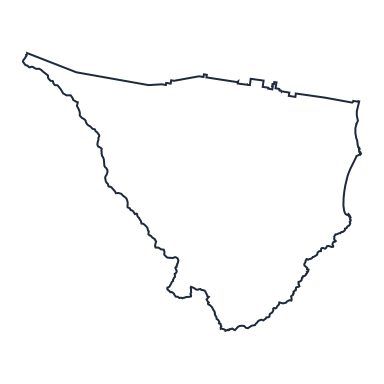 Nambucca Valley, New South Wales, Australia (Albers equal-area conic projection)
{"feature_id": "25037944B440592647056", "entity_name": "Nambucca Valley", "entity_type": "district", "adm_level": 2, "iso_a3": "AUS", "parent_name": "Australia", "parent_adm1": "New South Wales", "projection": "albers", "projection_center": [152.762, -30.708], "detail": "fine", "context": "isolated", "style": "outline", "palette": "slate", "viewbox_px": 384, "rotation_deg": 0, "n_neighbors": 0, "source": "geoboundaries", "source_scale": "gbopen_adm2", "svg_char_len": 5972}
<svg xmlns="http://www.w3.org/2000/svg" viewBox="0 0 384 384"><path d="M23.0,60.9L23.1,62.0L25.2,64.8L25.9,65.3L27.5,65.6L28.9,67.1L29.8,67.3L31.8,66.7L33.0,67.0L34.6,68.1L36.6,68.9L39.3,68.8L41.2,69.9L42.7,71.4L47.8,75.3L48.1,75.9L47.9,77.4L48.5,78.6L50.5,80.8L52.6,81.0L53.0,81.3L53.4,83.2L54.5,84.8L55.3,85.2L57.1,85.2L57.7,85.5L61.0,89.6L63.1,93.4L66.5,95.3L70.7,95.3L72.9,98.6L73.0,99.6L73.3,100.0L76.3,101.8L77.8,102.3L76.9,105.9L78.9,109.6L79.5,111.4L79.9,113.4L79.7,115.1L79.9,115.7L82.0,118.0L83.5,118.7L85.1,119.9L85.5,120.6L86.1,122.6L87.3,124.5L89.3,126.0L90.3,126.4L92.5,128.8L94.9,129.4L95.6,131.2L97.1,132.3L99.0,134.8L99.3,136.0L98.4,137.9L98.5,139.7L97.7,142.0L97.4,144.8L98.1,146.5L100.8,147.8L101.8,149.0L101.3,150.6L101.7,152.1L101.5,153.5L101.9,154.4L101.9,155.6L102.9,157.0L103.8,159.2L104.4,165.9L104.9,166.9L106.5,168.4L107.5,170.3L107.4,172.5L106.4,175.1L105.5,176.4L105.1,177.7L105.9,181.6L106.5,182.6L108.0,184.1L108.4,186.2L109.0,186.6L110.3,186.7L111.5,187.4L115.0,191.4L115.9,193.2L118.4,193.0L121.3,193.8L123.0,195.7L125.4,197.4L126.4,198.5L127.1,200.1L127.6,202.1L127.7,204.0L127.5,206.3L127.6,207.3L129.9,208.4L130.6,210.1L131.5,210.2L132.6,210.8L133.3,211.5L134.9,214.1L136.3,213.6L136.9,213.8L137.2,214.4L137.2,215.5L137.9,216.9L139.0,217.8L139.3,218.7L140.8,220.9L141.5,223.6L142.9,223.7L143.6,224.0L145.8,225.9L147.6,228.1L147.6,229.1L148.2,230.8L148.8,231.3L148.4,234.2L149.7,235.5L150.5,235.6L151.2,236.2L152.4,237.6L154.7,239.0L154.7,239.4L155.4,240.2L155.7,241.3L156.1,241.5L155.0,245.6L155.3,246.1L155.3,246.9L155.6,247.6L158.4,247.6L161.0,249.3L163.8,249.7L164.5,252.1L164.2,254.4L164.9,255.4L166.8,257.2L167.7,257.7L173.2,258.0L174.1,257.4L175.1,257.2L175.6,257.2L177.5,258.2L178.4,260.6L177.6,263.5L177.1,264.0L177.2,264.9L176.7,265.3L176.6,266.9L176.0,267.0L175.4,267.6L175.8,269.2L176.7,270.6L176.6,272.0L176.3,272.2L175.8,273.3L174.7,273.8L175.0,276.8L174.2,277.6L172.9,280.0L173.1,280.9L171.6,282.2L171.3,283.3L169.4,286.7L168.1,287.5L167.4,287.6L167.3,289.0L167.6,289.6L169.5,291.1L170.3,292.2L171.6,292.0L172.5,292.4L174.0,293.8L174.5,295.0L175.7,296.6L177.7,296.8L179.4,298.0L181.0,297.7L182.5,298.3L183.3,297.8L184.4,297.8L185.8,297.1L190.3,296.7L191.0,296.4L191.1,295.2L190.4,293.9L191.2,292.4L191.0,291.2L191.0,289.5L190.7,287.7L191.0,286.8L193.8,287.9L196.3,289.6L197.9,289.7L199.1,289.2L200.4,289.0L201.5,290.0L203.1,290.1L204.5,290.6L205.3,291.3L205.9,292.9L206.5,293.6L206.6,294.3L207.4,295.8L207.4,296.4L208.8,296.9L206.6,299.4L207.8,301.6L208.8,302.5L208.0,303.3L208.0,303.9L208.5,304.5L210.0,305.2L211.7,306.8L213.9,310.8L214.5,311.4L214.7,313.0L215.0,313.2L214.9,314.5L215.6,315.9L216.2,316.6L216.7,319.0L218.2,320.0L219.2,321.7L219.3,322.6L218.9,323.2L219.3,323.6L220.3,323.7L220.6,324.0L220.9,325.9L221.3,326.3L220.7,327.5L220.8,328.8L221.4,328.6L224.0,329.3L225.2,330.0L225.4,330.8L227.6,329.9L228.4,330.3L229.1,330.1L229.4,329.8L229.5,329.1L230.6,329.1L232.2,328.5L234.3,329.9L235.0,330.1L237.9,326.9L239.4,326.1L241.7,325.7L244.0,326.0L244.6,326.4L245.9,327.8L247.9,328.2L251.7,325.7L255.0,325.1L255.9,323.6L256.8,322.9L258.1,321.2L259.0,320.5L261.2,319.7L263.4,320.4L264.6,319.3L265.6,318.8L266.4,317.3L268.3,317.3L269.3,316.8L269.5,316.3L269.6,314.6L270.0,313.9L272.2,312.5L273.3,310.5L273.2,308.6L273.9,308.0L275.5,308.4L276.4,307.9L277.4,306.1L279.0,304.4L279.3,302.4L283.0,303.4L285.8,302.8L287.4,301.2L289.5,300.2L291.4,300.6L291.6,300.0L291.5,298.0L291.1,296.4L291.6,295.7L292.8,295.2L293.3,294.1L293.2,293.6L293.8,293.0L293.4,292.2L293.6,291.5L294.4,291.1L294.9,290.4L295.6,290.3L296.0,289.9L295.8,289.2L296.0,287.7L296.3,287.4L297.2,287.0L298.3,286.9L299.4,286.3L298.9,284.3L298.5,284.1L298.5,281.9L300.0,281.5L301.0,280.7L301.6,280.1L302.0,277.7L302.6,277.6L303.0,276.2L304.5,276.0L305.8,275.0L305.9,274.2L306.4,274.0L307.2,272.9L306.9,272.0L307.9,271.7L308.1,271.4L308.5,269.6L307.0,269.4L307.2,268.0L304.4,265.4L304.3,264.1L305.5,261.9L305.5,261.1L306.4,259.2L306.8,259.0L307.6,259.6L308.2,259.7L309.2,259.1L311.0,258.7L311.8,258.3L312.8,257.0L313.9,256.8L316.8,255.0L317.3,254.5L317.4,253.1L317.8,252.3L319.3,251.1L320.9,251.1L321.2,248.6L321.8,248.1L323.0,248.0L325.1,248.7L326.2,247.8L326.8,246.3L328.0,246.0L329.1,246.1L331.8,247.0L333.1,246.8L333.3,246.1L332.5,244.7L332.6,243.4L333.5,242.0L335.3,241.6L335.8,241.1L335.6,240.6L334.5,240.0L334.1,238.7L334.4,237.6L334.2,236.6L335.5,234.4L336.4,234.4L339.6,233.1L340.4,233.2L341.3,232.0L342.5,232.0L343.3,231.6L344.8,230.4L345.0,228.6L346.5,228.2L347.4,226.5L349.1,225.6L350.2,223.7L350.2,223.0L349.8,222.5L349.7,221.9L350.6,220.9L350.7,220.0L350.1,219.5L350.0,219.1L350.6,217.4L349.7,216.9L350.0,216.6L349.9,216.3L349.6,216.5L349.0,216.2L348.8,215.5L349.0,215.3L348.8,214.9L349.0,214.7L348.5,214.0L347.3,215.0L345.7,214.2L344.8,212.7L344.1,210.5L343.4,205.6L343.6,197.8L344.3,191.5L345.3,185.4L347.5,176.3L348.6,173.1L350.5,168.5L356.2,157.0L356.4,156.1L359.6,154.7L359.8,154.5L360.3,154.7L360.8,153.9L360.7,153.7L361.0,153.6L360.6,152.7L360.2,153.1L359.8,152.9L359.6,152.0L359.3,151.9L359.1,151.2L359.3,150.9L359.1,149.8L359.5,149.2L359.0,149.1L359.1,147.8L358.7,147.9L358.3,147.4L357.7,145.1L357.2,140.5L356.3,138.3L355.4,133.3L355.4,128.4L356.0,125.6L356.4,124.8L356.2,124.0L356.5,123.8L357.9,120.8L356.8,115.4L356.8,111.3L359.2,101.4L358.3,101.2L358.1,101.7L353.3,100.9L353.2,101.6L352.2,102.6L324.7,97.6L295.8,93.5L295.4,96.9L288.8,95.9L289.3,92.6L281.5,91.3L281.4,91.5L281.0,90.7L279.8,90.7L279.4,90.4L279.3,89.7L279.6,89.6L279.2,88.9L275.5,88.3L276.5,82.4L274.3,82.1L273.9,84.3L272.5,84.1L272.1,86.4L272.8,86.5L272.3,89.4L268.2,88.6L268.3,87.7L262.7,86.9L263.6,80.6L250.7,78.8L249.9,85.1L247.3,84.8L247.2,84.5L246.8,84.7L237.7,83.5L238.1,81.4L237.2,82.1L206.4,77.4L206.8,74.8L203.9,74.3L203.5,77.0L199.0,76.3L174.1,80.8L171.2,80.3L170.7,83.6L166.2,82.9L165.9,85.0L161.9,84.3L148.5,85.1L76.4,72.3L27.4,53.2L27.5,53.5L26.1,54.8L26.6,55.6L25.4,57.2L25.4,57.7L23.7,59.7L23.0,60.9Z" fill="none" stroke="#1e293b" stroke-width="2"/></svg>